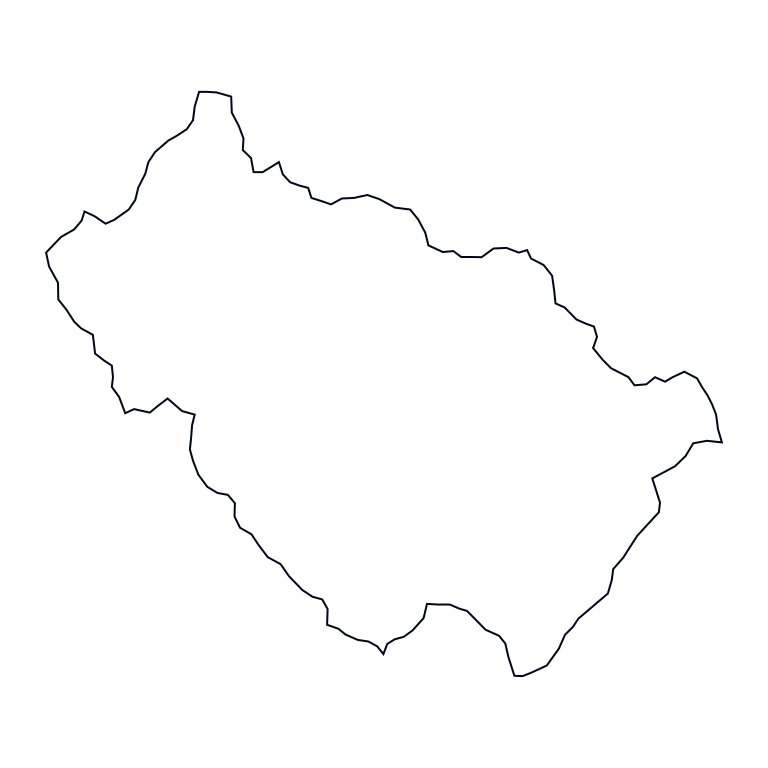 São Sebastião da Grama, São Paulo, Brazil (Robinson projection)
{"feature_id": "56859067B74553829999023", "entity_name": "São Sebastião da Grama", "entity_type": "district", "adm_level": 2, "iso_a3": "BRA", "parent_name": "Brazil", "parent_adm1": "São Paulo", "projection": "robinson", "projection_center": [-46.755, -21.751], "detail": "fine", "context": "isolated", "style": "outline", "palette": "ink", "viewbox_px": 768, "rotation_deg": 0, "n_neighbors": 0, "source": "geoboundaries", "source_scale": "gbopen_adm2", "svg_char_len": 2101}
<svg xmlns="http://www.w3.org/2000/svg" viewBox="0 0 768 768"><path d="M721.9,442.4L718.0,429.2L716.1,414.6L712.2,404.6L707.5,395.3L702.2,387.4L697.1,378.4L684.3,371.7L672.6,377.2L665.1,381.7L655.0,377.2L646.4,384.3L634.5,385.3L628.5,377.2L611.0,368.2L602.6,359.7L593.1,348.1L597.0,336.9L594.0,326.6L586.0,323.7L576.4,319.5L564.7,307.5L555.5,303.4L554.1,290.0L552.1,275.7L543.6,265.0L531.0,258.5L527.1,250.1L518.9,252.6L506.5,247.9L493.5,248.5L481.6,257.2L472.1,257.0L461.2,257.0L453.4,251.1L442.8,252.0L428.4,245.4L425.3,232.8L418.3,219.6L410.1,209.5L394.8,207.6L379.3,199.1L367.3,195.0L354.1,197.9L341.9,198.5L331.0,204.4L322.7,201.5L311.4,197.9L308.2,187.9L299.9,185.7L290.0,182.2L282.8,174.3L278.9,162.1L262.7,172.1L253.6,172.1L251.0,158.0L242.8,150.1L243.5,138.5L238.7,125.7L231.8,112.7L231.2,96.6L216.4,92.4L207.4,91.9L199.1,91.9L194.7,106.6L193.0,120.2L186.8,129.2L175.9,136.3L168.4,140.5L155.0,152.1L148.4,162.1L145.3,173.7L138.3,187.5L135.3,199.9L128.8,209.5L114.3,219.8L105.6,223.7L94.6,216.2L84.5,211.5L81.6,220.6L74.2,229.4L61.1,236.9L46.1,252.6L49.1,266.6L58.0,282.7L58.3,299.5L66.3,309.5L74.2,321.7L81.2,328.4L92.9,334.9L95.1,353.6L104.3,360.7L111.8,365.6L113.0,377.2L111.8,386.9L119.1,396.9L125.2,413.2L134.1,409.1L149.8,412.6L157.9,405.9L167.6,398.5L182.1,411.1L194.7,414.6L192.1,425.2L191.1,437.8L189.9,449.4L193.0,460.7L198.3,474.6L207.3,486.8L217.3,492.9L227.9,494.9L234.9,503.2L234.5,516.5L240.1,527.8L251.5,534.3L258.5,544.9L267.7,557.1L280.6,564.2L289.0,576.2L302.3,590.0L312.6,596.8L322.2,599.4L327.6,609.0L327.1,624.8L338.3,628.7L345.3,634.4L357.7,639.9L368.4,641.5L377.3,646.4L383.4,654.1L387.3,643.9L394.7,639.3L403.8,636.8L412.7,630.3L423.6,618.1L427.0,603.9L437.5,604.5L449.8,604.5L459.0,608.5L467.1,611.0L475.7,619.7L485.5,629.7L499.1,635.8L505.3,643.5L508.3,656.7L514.4,675.8L522.6,676.1L531.0,672.8L546.8,665.5L558.9,648.6L565.0,634.8L573.0,626.8L578.3,618.7L607.9,593.5L611.8,579.9L613.2,569.1L623.2,557.7L637.2,535.8L658.9,512.2L660.0,502.6L652.3,478.4L675.1,466.2L685.7,455.9L693.2,443.3L706.9,440.8L721.9,442.4Z" fill="none" stroke="#020617" stroke-width="2"/></svg>